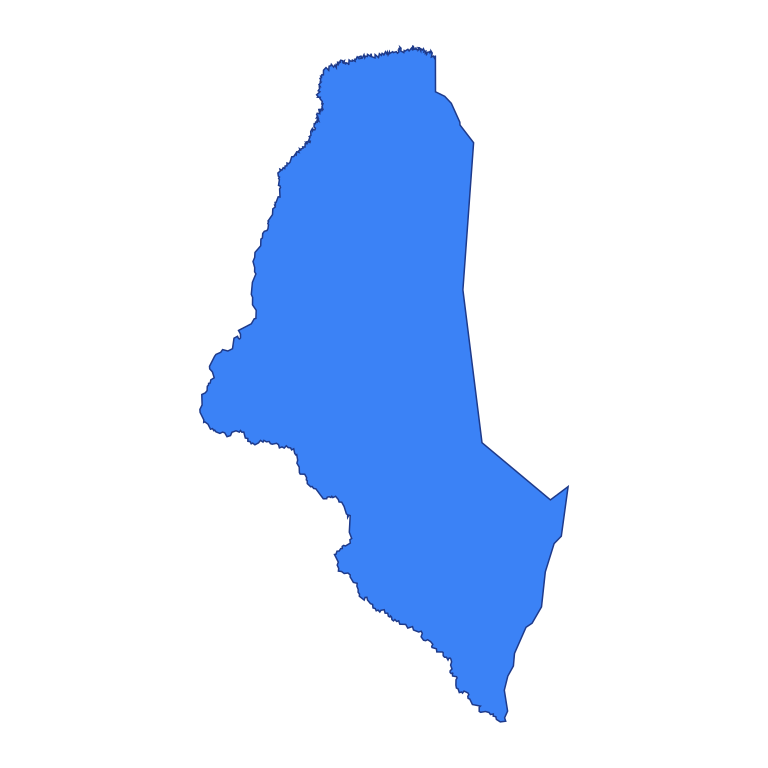 Raga, Western Bahr el Ghazal, South Sudan
{"feature_id": "79223893B70929244954658", "entity_name": "Raga", "entity_type": "district", "adm_level": 2, "iso_a3": "SSD", "parent_name": "South Sudan", "parent_adm1": "Western Bahr el Ghazal", "projection": "equal_earth", "projection_center": [25.202, 8.544], "detail": "fine", "context": "isolated", "style": "filled", "palette": "blue", "viewbox_px": 768, "rotation_deg": 0, "n_neighbors": 0, "source": "geoboundaries", "source_scale": "gbopen_adm2", "svg_char_len": 5993}
<svg xmlns="http://www.w3.org/2000/svg" viewBox="0 0 768 768"><path d="M482.0,442.7L462.9,289.9L473.6,142.7L460.0,125.0L459.8,122.1L451.3,103.3L444.7,96.3L435.5,91.8L435.4,55.6L434.4,58.0L433.4,56.1L431.4,57.0L432.2,53.0L430.9,50.9L430.8,52.3L430.0,51.8L429.8,52.7L429.4,51.9L426.6,52.5L426.9,53.9L426.4,54.5L426.0,52.7L425.4,53.1L425.8,51.1L423.9,51.9L424.3,50.7L423.4,48.7L422.6,50.0L421.0,48.9L420.8,50.9L419.4,47.8L418.4,47.7L419.3,48.7L418.0,50.3L417.8,49.3L416.4,49.5L415.8,47.4L415.9,48.9L413.3,49.6L414.0,48.2L413.1,48.2L413.4,46.4L412.8,46.1L412.0,49.0L411.5,48.1L409.1,50.9L407.9,49.3L405.0,51.1L404.2,50.5L403.8,52.6L400.8,51.0L401.0,48.2L400.0,47.2L400.3,48.4L399.0,48.5L399.2,49.7L398.3,50.1L398.9,51.9L397.5,53.2L396.3,51.7L393.4,52.6L392.7,51.7L389.7,53.5L389.4,51.9L388.1,54.8L387.4,52.1L386.8,53.8L385.5,51.7L383.6,55.5L383.6,54.2L382.1,53.3L381.3,55.4L379.4,53.7L378.5,57.5L375.1,54.6L375.0,57.9L371.6,56.7L371.1,53.7L370.4,56.2L367.5,54.4L367.3,56.5L365.6,56.2L364.8,57.8L364.0,54.7L362.2,58.2L360.7,58.4L361.7,57.6L361.0,56.1L359.0,56.8L358.7,58.3L357.2,56.8L356.0,59.3L354.8,59.3L355.2,61.3L352.4,60.1L352.3,61.1L350.5,61.1L349.1,60.0L348.7,65.0L348.4,63.6L346.3,62.9L345.3,64.4L345.5,62.9L343.8,63.1L344.3,60.9L342.8,62.2L342.6,60.7L340.7,60.2L340.1,61.1L340.5,62.8L339.7,61.9L338.5,64.0L338.4,62.3L337.6,62.2L337.8,64.8L336.2,64.3L336.3,67.6L334.8,65.3L333.6,67.1L331.3,64.3L330.9,65.7L329.1,66.2L328.7,70.3L326.0,67.6L323.5,70.2L323.4,74.8L321.9,74.7L321.6,76.0L320.7,76.1L321.5,77.7L320.0,78.4L320.7,79.9L320.2,81.9L321.1,82.1L318.9,84.7L320.3,86.8L319.3,86.9L319.6,88.6L318.2,90.8L319.9,91.8L316.6,94.8L318.0,96.4L317.5,97.2L320.3,97.3L319.9,98.6L322.3,101.5L321.8,103.9L322.9,103.8L322.0,106.6L322.8,109.0L322.0,108.6L322.1,110.0L321.2,109.3L320.7,111.1L319.7,109.4L318.8,109.5L319.8,113.7L317.2,113.3L316.6,114.7L317.5,115.9L316.5,117.9L318.0,117.5L317.3,119.6L318.8,118.3L318.2,119.4L318.9,121.2L317.3,120.3L317.2,122.3L315.6,122.1L315.4,123.7L314.2,123.7L314.0,127.0L315.4,128.2L314.9,129.8L313.6,129.9L312.6,128.7L312.4,130.7L311.7,129.6L310.7,131.5L310.9,135.5L309.2,136.6L309.9,137.4L308.5,141.0L310.3,141.2L310.0,142.5L307.3,141.6L306.5,141.9L306.9,142.6L305.8,142.4L306.8,143.7L305.1,143.8L305.0,147.0L302.7,146.9L303.0,148.2L300.4,149.1L301.1,150.5L299.6,149.0L299.8,150.1L298.3,151.3L298.9,152.4L296.7,151.8L295.6,153.9L296.3,153.9L296.2,155.0L295.2,154.3L293.7,156.6L291.7,156.8L290.0,162.3L288.6,163.7L287.0,163.0L286.9,165.8L285.1,166.0L284.7,168.6L283.2,167.7L281.8,170.2L279.9,169.2L280.3,171.0L277.9,173.0L278.3,176.1L279.5,177.1L278.6,178.4L279.4,179.7L278.5,185.4L280.0,185.9L280.5,187.6L279.6,188.9L280.0,197.0L278.2,196.8L276.0,202.5L275.1,202.5L275.4,204.9L274.6,205.0L275.3,206.9L272.8,208.9L272.5,214.6L268.0,221.0L268.6,221.7L267.8,223.6L268.5,224.6L268.0,228.6L267.0,230.5L264.3,231.3L262.7,233.5L262.4,238.0L260.9,239.1L260.7,245.8L255.0,252.4L254.7,257.4L253.0,261.5L254.7,267.6L254.6,271.8L255.9,273.9L252.4,282.3L251.3,294.4L252.6,297.4L252.5,304.8L256.2,310.3L255.9,318.4L254.2,318.8L251.3,323.8L238.5,330.4L240.5,334.1L240.5,337.9L239.5,339.0L238.5,338.5L237.5,336.3L234.0,338.2L232.5,348.7L227.9,351.0L222.6,349.6L220.7,352.3L216.0,354.4L214.6,356.3L209.5,366.3L209.7,368.9L212.4,371.9L214.2,377.8L210.8,379.9L210.2,383.0L208.6,383.4L208.5,385.1L207.3,386.3L207.1,390.6L205.2,392.9L201.8,394.5L202.1,404.9L199.9,409.4L200.1,412.4L203.8,419.9L203.7,422.4L204.9,421.9L208.0,424.2L210.5,429.2L212.5,428.6L213.9,430.7L214.7,430.1L215.9,431.8L219.9,433.4L222.6,432.1L224.7,432.8L227.0,436.7L230.5,435.6L231.9,432.3L236.0,430.8L239.3,432.1L240.5,430.5L241.8,432.2L243.8,432.1L245.3,438.0L247.8,438.5L247.9,441.3L250.1,441.6L251.2,443.8L252.7,443.1L254.9,444.8L258.5,442.9L260.5,440.4L263.0,442.1L263.9,440.4L266.4,441.8L269.2,441.5L270.4,443.6L272.2,444.2L276.6,443.3L278.5,444.7L279.4,447.9L282.0,446.9L284.2,448.1L286.3,445.8L288.1,447.6L290.6,447.9L291.6,449.9L293.7,448.8L294.7,453.4L295.9,455.0L296.7,454.6L297.7,460.1L296.9,463.2L299.2,467.1L299.4,472.6L300.2,474.1L304.7,474.2L306.6,477.7L306.3,479.9L307.2,480.5L307.3,483.6L310.7,486.8L312.1,486.5L313.7,488.5L315.8,488.8L323.3,498.8L326.7,498.7L327.1,497.3L329.1,496.7L330.9,497.5L331.8,496.3L332.8,497.6L335.6,496.3L338.3,499.5L339.1,502.0L341.7,502.2L344.1,506.5L346.4,513.9L347.6,514.7L347.7,517.3L348.9,515.2L350.2,515.6L349.3,532.2L351.7,538.5L349.9,539.7L350.3,543.1L345.4,546.0L343.7,545.4L342.2,546.4L342.3,548.5L340.7,548.6L339.2,551.0L337.0,551.2L336.0,554.2L334.5,554.5L338.3,562.1L337.2,565.1L338.7,568.4L338.4,571.1L341.5,571.5L344.2,573.5L347.9,573.0L350.2,574.9L350.1,576.9L353.4,582.4L357.2,583.3L356.9,586.2L358.2,589.5L358.1,592.2L359.5,594.1L359.3,596.2L364.2,600.1L365.1,597.4L366.9,597.3L367.5,600.0L370.5,603.7L372.6,604.4L373.0,607.9L375.3,608.6L376.2,610.8L378.1,610.1L379.8,612.0L380.9,610.3L384.2,609.7L385.1,613.2L387.7,613.2L388.4,616.3L389.9,617.0L390.5,615.9L391.6,617.2L391.9,619.6L393.5,620.9L394.9,619.5L396.7,621.5L398.7,620.8L399.8,624.2L405.7,624.4L407.8,628.1L412.5,626.6L413.5,630.0L418.7,632.0L421.2,631.2L422.3,633.3L421.1,636.8L423.5,640.2L425.6,640.7L427.6,639.7L430.6,641.6L432.8,644.3L431.7,646.4L432.0,647.5L436.4,648.8L436.8,651.9L442.4,652.0L443.1,652.5L443.2,655.7L444.5,657.2L446.5,657.3L448.0,660.0L448.8,658.3L450.0,658.0L450.9,659.1L451.6,661.9L450.6,665.1L452.0,669.0L450.1,670.9L450.1,672.4L451.1,673.5L453.2,673.0L452.4,673.7L452.6,676.0L456.5,676.7L457.1,677.9L456.0,679.8L455.9,685.2L456.4,688.0L458.1,688.9L459.3,692.6L461.6,692.0L462.5,693.1L464.0,691.1L467.9,692.9L468.8,694.6L467.8,696.3L468.1,698.4L469.8,699.1L472.4,704.5L480.4,706.1L479.2,707.3L479.2,711.4L480.6,712.3L485.4,711.5L489.1,712.5L490.4,714.5L493.3,714.0L493.2,716.1L495.8,716.7L496.4,719.4L500.3,721.9L505.7,721.2L504.6,717.8L507.6,711.1L504.3,690.2L507.8,676.1L513.4,666.0L514.5,653.4L526.0,627.3L532.1,623.2L541.5,606.9L545.3,571.9L554.1,543.6L561.3,536.2L568.1,486.6L550.4,499.9L482.0,442.7Z" fill="#3b82f6" stroke="#1e3a8a" stroke-width="1.5"/></svg>